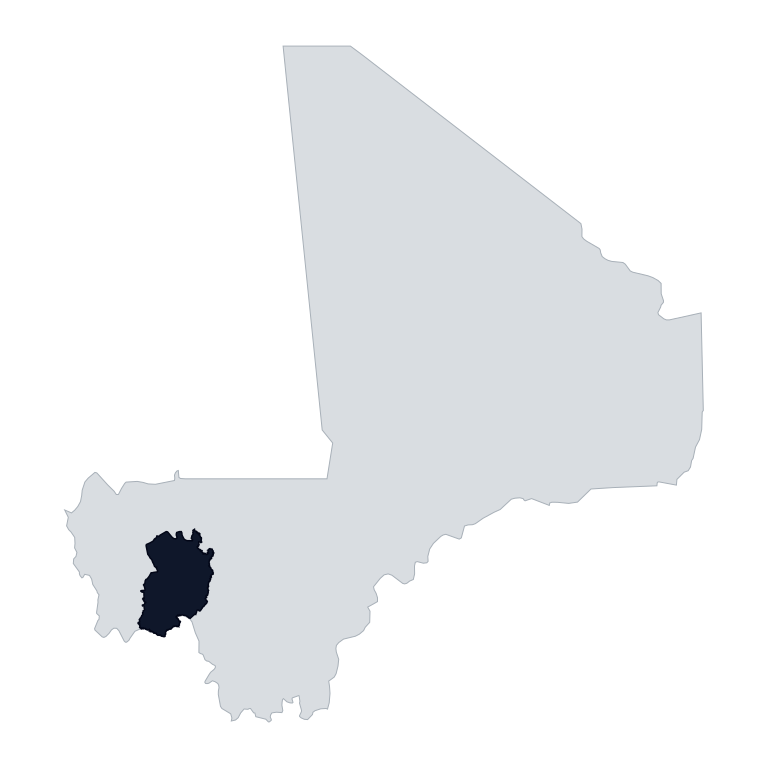 Kita, Kayes, Mali shown in context
{"feature_id": "8926073B18522946307375", "entity_name": "Kita", "entity_type": "district", "adm_level": 2, "iso_a3": "MLI", "parent_name": "Mali", "parent_adm1": "Kayes", "projection": "natural_earth1", "projection_center": [-9.401, 13.202], "detail": "fine", "context": "in_parent", "style": "filled", "palette": "ink", "viewbox_px": 768, "rotation_deg": 0, "n_neighbors": 0, "source": "geoboundaries", "source_scale": "gbopen_adm2", "svg_char_len": 9663}
<svg xmlns="http://www.w3.org/2000/svg" viewBox="0 0 768 768"><path d="M99.0,619.3L99.3,615.9L96.7,613.5L96.6,612.3L98.0,602.4L97.9,599.8L99.0,594.8L97.3,592.6L96.9,590.9L92.8,584.5L91.6,579.0L89.5,575.4L84.7,574.3L83.0,577.3L81.9,577.9L80.1,575.7L79.4,573.8L79.4,572.0L73.3,563.5L73.7,558.9L76.0,556.4L76.9,552.4L74.6,547.9L75.0,543.5L74.7,537.4L71.1,532.1L68.7,529.7L66.6,525.9L68.3,517.3L64.7,510.0L71.5,512.9L74.7,510.2L77.8,506.5L80.5,501.6L81.7,495.5L82.2,490.2L84.9,482.0L88.2,478.1L94.9,472.4L96.8,472.9L107.8,485.0L114.1,491.2L116.3,494.5L118.4,494.5L121.5,488.5L124.7,483.4L126.1,482.1L137.2,481.4L143.0,482.4L148.1,483.9L155.4,484.3L174.5,480.5L174.8,478.1L174.5,475.2L175.3,473.0L176.9,471.0L178.3,470.5L178.9,477.4L180.5,478.5L185.0,478.8L327.0,478.8L332.7,443.0L322.2,430.0L283.1,46.1L350.4,46.1L362.1,54.8L580.9,223.6L582.0,229.1L581.9,236.6L583.6,238.9L586.8,241.3L599.2,248.5L600.2,249.9L600.7,252.9L602.2,256.6L604.9,258.7L607.9,260.3L611.7,261.4L622.9,262.5L625.3,264.2L630.2,270.9L632.8,272.2L648.0,275.8L652.9,277.6L658.2,280.6L661.1,283.4L661.2,293.8L663.5,300.7L663.4,302.4L661.1,305.2L660.6,307.2L657.9,312.5L658.5,314.7L663.8,318.8L666.4,319.9L669.4,319.9L701.1,312.9L703.3,410.5L702.2,412.1L701.7,429.4L699.5,439.6L695.5,447.1L693.1,458.3L691.6,460.6L690.5,467.0L688.2,470.7L684.1,472.2L676.9,479.4L676.4,485.1L659.1,481.9L657.9,482.0L657.2,482.8L656.9,485.8L612.7,487.6L591.0,489.0L577.5,502.1L568.7,503.4L557.6,502.3L551.9,502.2L549.7,503.0L549.3,505.4L531.6,498.6L525.1,500.8L524.0,500.0L523.1,498.6L519.9,497.8L514.9,498.2L511.3,499.2L500.2,509.5L494.2,512.2L483.0,518.3L475.3,523.7L472.5,524.7L468.1,524.9L464.5,526.0L461.3,537.9L459.2,539.1L445.8,534.3L443.1,535.0L440.8,536.4L433.4,543.4L429.7,549.0L427.8,556.5L428.1,561.3L426.8,562.8L423.4,563.2L417.2,561.6L415.3,562.3L414.5,566.0L414.6,574.0L413.3,579.5L409.6,581.1L406.8,583.3L404.6,583.9L402.7,583.4L391.9,575.2L388.2,573.9L384.2,574.8L380.3,578.3L373.5,586.8L374.2,589.8L376.1,593.3L377.5,597.7L377.5,601.6L367.7,607.1L370.0,611.2L369.7,622.3L365.2,627.3L363.6,630.6L359.3,634.2L355.4,636.2L343.5,639.1L338.7,642.6L336.4,645.4L335.9,648.5L336.3,652.0L338.7,659.3L338.0,666.0L336.1,673.7L334.2,677.1L328.7,681.1L329.5,686.2L330.0,693.4L329.2,702.8L327.5,709.1L326.2,708.5L320.8,708.8L315.0,710.7L312.9,712.3L312.5,714.5L307.6,719.6L304.4,719.3L301.2,717.9L299.6,716.5L299.5,715.8L301.4,711.7L301.5,710.3L299.5,703.1L299.9,701.3L299.1,695.8L298.7,695.6L292.3,697.9L292.0,699.0L293.0,702.4L292.4,703.0L290.1,702.9L286.9,701.8L283.4,698.6L282.5,699.7L282.1,702.2L281.9,705.2L282.8,710.6L281.9,712.6L276.4,712.2L271.9,712.9L270.7,714.8L270.2,717.0L271.3,719.4L271.2,720.4L269.3,721.9L268.4,721.9L265.8,719.2L255.8,716.7L254.9,713.0L253.7,712.9L250.5,708.5L249.1,708.6L248.0,709.3L244.1,709.0L240.7,712.9L238.2,717.7L235.5,720.0L231.3,721.0L231.9,718.0L230.7,713.8L221.9,708.5L220.5,706.4L218.3,694.4L218.4,690.9L219.0,687.7L218.7,685.3L217.8,683.5L215.1,681.7L212.4,680.8L208.9,683.2L207.3,683.6L205.7,683.5L204.9,682.6L205.0,681.4L208.8,675.0L210.6,672.3L214.3,669.2L215.3,667.6L215.4,666.4L215.0,665.5L212.5,664.3L208.7,661.3L206.7,661.0L205.0,659.7L203.2,655.0L202.3,654.1L200.5,653.6L198.9,652.5L199.0,641.1L195.3,632.7L192.0,621.9L190.2,619.4L187.2,617.2L183.5,615.7L180.2,615.4L176.5,616.5L176.6,617.5L178.7,621.0L179.0,622.9L178.7,624.8L178.0,626.0L173.0,627.2L166.3,631.1L164.1,635.7L162.6,636.3L160.0,635.7L142.3,628.0L134.9,631.3L130.1,638.1L128.9,640.3L126.6,642.2L125.4,642.2L124.1,640.9L118.9,630.7L116.7,628.3L113.9,628.2L111.5,629.9L109.1,633.3L105.9,636.5L103.9,637.4L102.2,636.9L94.9,630.0L94.6,628.6L97.9,620.5L99.0,619.3Z" fill="#d9dde1" stroke="#a8b0b8" stroke-width="1"/><path d="M143.1,599.7L143.7,599.9L144.1,600.6L144.2,600.9L143.9,601.0L144.1,601.5L144.5,601.9L145.7,602.1L145.8,602.4L145.6,602.8L144.8,603.2L144.5,604.1L143.7,604.8L142.5,605.0L142.4,605.7L142.7,606.0L143.7,605.8L144.2,606.5L144.3,607.0L144.1,607.7L144.6,609.5L143.9,610.5L143.1,611.0L143.3,611.4L143.1,612.2L142.6,612.6L142.7,613.1L142.6,613.5L142.9,614.4L141.8,615.5L140.9,617.7L140.1,618.3L139.8,619.1L139.3,619.5L139.7,621.4L139.5,622.2L138.6,622.3L138.3,622.4L138.1,622.8L138.1,623.5L138.5,624.0L139.4,623.6L139.6,623.7L139.6,625.6L140.0,626.0L139.8,626.5L139.9,627.2L139.7,627.5L140.4,628.0L140.5,627.6L140.9,627.8L141.3,629.0L141.9,628.9L141.9,628.1L142.4,628.1L142.6,628.4L142.9,628.0L143.3,628.0L143.2,628.5L143.5,628.8L144.3,628.4L144.7,628.6L145.4,628.5L145.7,629.2L146.1,629.4L146.4,629.3L146.9,629.7L147.6,629.9L148.0,629.6L148.5,629.8L149.1,629.8L149.4,629.4L149.7,629.8L149.4,630.0L149.3,631.0L149.8,631.0L150.3,631.0L150.4,631.6L150.6,631.5L150.5,630.9L150.8,631.3L151.0,631.4L151.3,631.1L152.1,631.9L152.5,631.8L152.6,631.6L153.0,631.9L153.4,632.6L153.6,632.5L153.8,633.1L154.1,633.2L154.6,633.1L154.7,632.9L155.3,633.4L156.3,633.2L156.7,634.4L157.1,634.5L157.3,634.9L158.0,635.3L158.8,635.1L159.7,635.3L160.1,634.9L161.1,635.5L161.1,635.9L161.5,636.2L162.4,636.2L162.9,636.5L164.1,636.7L164.8,636.5L165.1,636.2L164.9,635.0L165.3,634.8L165.7,634.0L165.5,632.3L165.9,631.3L166.2,631.2L166.7,630.3L167.1,630.3L167.2,629.9L168.0,629.9L168.1,629.6L168.5,629.7L169.6,629.0L170.2,629.2L171.1,629.0L171.4,628.3L172.7,627.4L173.1,626.3L173.5,626.1L174.1,626.3L174.4,626.1L174.8,626.3L175.5,625.9L176.1,626.0L176.3,626.3L176.6,626.0L177.4,626.6L177.9,626.4L177.9,626.5L178.6,626.6L178.3,626.1L178.6,625.4L178.9,625.6L179.4,625.1L179.3,623.4L179.5,623.1L179.8,623.0L180.1,622.4L179.7,622.2L179.8,621.8L180.3,621.5L180.1,621.2L179.4,621.0L178.7,620.6L178.6,619.8L178.4,619.4L178.1,619.3L178.0,618.8L177.6,618.9L177.1,618.3L177.1,617.5L176.7,617.3L176.4,617.6L176.1,617.0L176.2,616.5L176.9,616.1L177.6,615.9L177.6,615.3L177.9,615.0L178.7,615.2L178.9,615.9L179.2,615.8L179.3,615.3L179.6,614.8L180.8,615.6L181.2,615.1L182.1,614.7L183.5,615.3L185.8,615.5L186.7,616.1L187.0,616.5L187.6,616.7L188.7,617.8L190.2,618.3L193.8,615.0L195.5,613.8L195.8,614.2L196.6,611.9L196.9,610.4L197.7,610.0L198.2,610.0L198.9,610.4L199.2,610.9L200.1,610.9L200.4,610.4L201.0,609.9L201.7,608.7L202.1,608.4L202.1,607.8L203.2,606.7L203.9,606.4L204.2,605.7L204.8,605.1L205.0,604.3L205.6,604.3L205.8,603.8L206.0,603.8L206.9,602.8L206.9,602.1L207.3,601.7L206.8,600.6L206.4,600.6L206.2,600.4L206.1,599.9L205.7,599.3L205.7,599.0L205.2,598.6L205.7,598.0L205.7,597.8L206.6,597.5L206.5,596.9L206.2,596.7L206.0,596.4L206.2,595.6L206.8,595.2L207.3,595.4L207.8,594.8L207.6,593.8L207.8,593.3L208.2,593.0L208.0,592.6L208.3,591.9L208.0,591.2L208.5,590.4L208.3,590.3L207.8,588.6L207.6,588.5L207.5,587.7L207.8,587.7L207.7,587.3L207.9,586.8L208.4,586.8L208.6,586.3L208.4,585.5L208.0,585.1L208.2,584.9L208.5,583.9L208.4,583.1L208.6,582.8L208.6,582.1L209.0,582.1L209.2,581.8L209.1,581.5L210.0,581.0L209.8,580.4L210.3,580.0L210.5,579.4L210.2,579.4L209.8,578.7L210.7,578.0L210.8,577.3L210.5,576.9L210.7,576.7L211.3,576.9L211.2,576.0L211.0,575.8L210.7,575.8L210.8,575.5L211.9,574.4L212.2,574.3L212.3,574.5L213.1,574.2L213.2,573.7L212.9,573.5L212.8,573.8L212.8,572.8L213.1,572.6L212.6,571.9L212.8,571.5L212.7,570.9L212.3,570.8L212.5,570.2L211.1,569.1L210.8,568.7L210.9,568.3L210.7,567.7L209.2,566.6L209.0,566.1L209.7,566.1L209.3,564.6L209.4,563.8L209.1,563.5L209.1,562.5L209.1,561.6L209.5,560.6L209.5,560.1L209.8,560.2L210.4,558.9L210.9,558.9L211.1,558.7L210.9,558.5L211.5,558.5L211.6,558.3L211.4,556.8L212.1,556.4L211.9,556.1L212.2,555.7L212.8,555.8L212.7,555.1L213.1,555.2L213.3,554.7L212.8,553.1L213.7,553.2L213.8,552.9L213.6,552.5L212.8,551.9L213.2,551.1L212.3,549.9L212.2,549.2L211.6,549.0L211.0,549.4L210.0,548.6L209.2,548.8L208.7,549.7L207.8,550.2L208.4,550.6L208.5,551.1L208.3,551.7L207.4,552.3L207.3,553.1L207.9,553.1L208.3,552.8L208.5,553.1L208.0,553.4L208.0,553.7L207.4,554.3L206.2,554.5L205.2,553.4L204.9,553.3L204.8,553.7L204.0,554.1L203.7,553.9L203.4,554.0L203.4,553.7L203.1,553.8L202.9,552.7L202.3,552.7L202.0,552.4L202.1,551.8L201.6,551.4L202.0,550.6L201.7,550.5L201.6,550.9L201.2,551.3L200.8,551.4L200.5,551.2L200.2,550.2L200.2,549.7L199.7,549.8L199.0,549.4L198.8,549.2L198.7,548.4L198.1,548.4L198.2,548.7L197.8,548.5L197.4,547.9L197.4,547.4L197.2,546.9L197.8,546.7L198.4,546.1L197.9,545.7L198.0,545.4L198.3,545.4L198.8,544.9L199.1,544.8L198.8,543.8L198.7,541.8L198.9,541.7L200.0,541.9L200.9,542.6L201.7,542.1L201.1,540.2L201.4,539.1L201.4,537.8L201.3,537.6L200.8,537.6L200.4,537.1L200.4,536.7L199.8,535.8L199.9,534.9L199.8,534.7L198.9,534.7L199.0,534.2L199.7,533.6L199.1,533.1L198.0,533.5L197.8,532.5L197.6,532.4L197.4,532.7L196.6,532.8L196.4,532.6L196.6,531.5L195.8,531.1L195.1,531.1L194.7,530.8L194.5,529.3L193.0,530.3L192.9,530.6L193.2,531.5L192.8,532.6L193.1,533.7L193.0,534.4L192.0,535.6L191.3,538.3L192.6,539.9L192.4,540.7L187.4,540.7L185.7,540.2L184.1,539.1L182.5,536.1L181.9,534.4L181.9,533.0L181.3,531.6L179.4,531.6L176.7,532.5L176.3,533.8L176.3,535.2L176.9,536.9L176.9,538.0L175.7,538.9L173.8,538.6L172.0,537.2L167.6,531.9L166.2,531.6L160.0,535.2L159.3,536.5L158.7,536.6L158.1,536.0L156.8,536.0L156.6,537.1L155.6,538.5L155.0,538.6L154.9,539.1L154.4,539.1L153.6,540.3L153.4,540.8L152.7,541.4L149.6,543.1L146.4,544.5L146.1,545.7L147.8,554.3L149.1,556.0L150.3,558.2L151.7,559.5L152.8,562.4L153.7,564.0L154.5,566.3L156.4,567.8L156.5,567.7L156.5,568.5L157.5,570.2L157.4,570.7L157.7,571.2L157.6,571.6L157.3,571.9L153.6,572.4L151.9,572.8L151.2,572.7L149.2,576.3L147.2,578.9L145.9,579.5L145.2,580.8L144.8,583.9L143.9,584.3L143.5,584.9L144.2,586.1L144.7,587.8L145.1,589.9L144.4,590.4L141.9,590.5L140.9,590.8L140.9,591.3L142.2,592.2L143.0,592.1L143.9,592.4L144.0,596.0L144.3,598.3L144.1,598.5L144.1,597.9L143.3,598.0L142.7,598.9L143.1,599.3L143.1,599.7Z" fill="#0f172a" stroke="#020617" stroke-width="1.5"/></svg>